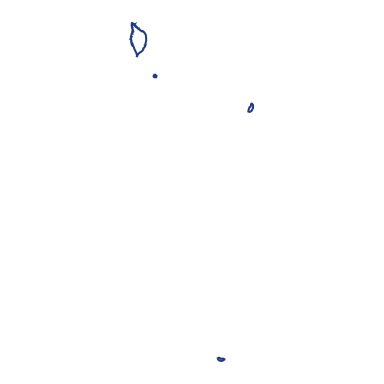 Uman, Federated States of Micronesia
{"feature_id": "79324940B14491633646531", "entity_name": "Uman", "entity_type": "district", "adm_level": 2, "iso_a3": "FSM", "parent_name": "Federated States of Micronesia", "parent_adm1": "", "projection": "natural_earth1", "projection_center": [151.893, 7.153], "detail": "fine", "context": "isolated", "style": "outline", "palette": "blue", "viewbox_px": 384, "rotation_deg": 0, "n_neighbors": 0, "source": "geoboundaries", "source_scale": "gbopen_adm2", "svg_char_len": 3707}
<svg xmlns="http://www.w3.org/2000/svg" viewBox="0 0 384 384"><path d="M146.2,39.4L146.2,39.1L146.2,38.9L146.1,38.6L146.1,38.2L146.1,37.4L146.0,36.8L145.9,36.3L145.9,36.1L145.9,35.8L145.9,35.6L145.8,34.9L145.7,34.6L145.4,34.3L144.6,32.8L144.1,32.2L143.7,31.9L143.5,31.6L143.2,31.4L143.1,31.6L142.9,31.4L142.5,31.2L142.4,31.3L142.2,31.3L142.2,31.0L141.9,30.9L141.7,30.9L141.5,31.0L141.4,30.9L141.0,30.7L140.9,30.7L140.7,30.5L140.3,30.4L140.2,30.2L139.9,29.9L139.7,29.7L139.4,29.6L139.2,29.5L139.1,29.1L138.6,29.0L138.6,28.8L138.6,28.7L138.4,28.8L138.3,28.5L138.2,28.3L137.9,28.1L137.1,27.9L136.8,27.3L136.5,27.2L136.7,26.9L136.3,26.5L135.9,26.4L135.7,26.5L135.5,26.4L135.3,26.2L135.4,25.9L135.2,25.6L135.5,25.8L135.5,25.6L135.1,25.4L134.8,25.6L134.7,25.5L134.8,25.2L134.5,25.1L134.4,25.1L134.2,24.9L134.4,24.6L134.0,24.8L133.5,24.7L133.2,24.4L133.0,24.6L132.9,24.2L132.5,24.1L132.5,23.6L132.3,23.5L132.2,23.6L131.8,23.3L131.7,23.5L131.7,24.3L131.7,26.1L131.8,26.4L132.1,26.6L132.2,27.0L132.3,27.3L132.1,27.3L132.1,27.5L132.1,27.8L132.3,27.8L132.2,28.0L132.3,28.1L132.5,28.2L132.5,28.4L132.4,28.4L132.3,28.6L132.5,29.2L132.5,29.5L132.5,29.8L132.6,30.0L132.8,30.0L132.8,30.4L132.5,30.4L132.4,30.9L132.5,31.0L132.8,31.0L132.7,31.2L132.4,31.4L132.4,31.5L132.5,31.6L132.6,31.8L132.4,31.8L132.2,32.0L132.3,32.2L132.3,32.3L132.5,32.3L132.2,32.6L132.1,32.8L132.0,33.4L131.7,33.7L131.7,33.8L131.9,33.9L131.6,34.0L131.6,34.3L131.4,34.6L131.3,35.1L131.3,35.7L131.2,35.8L131.1,37.0L131.2,37.6L131.0,38.0L131.2,37.9L131.0,38.4L130.9,38.3L130.9,38.7L131.0,38.7L131.0,38.8L131.1,40.0L131.3,41.0L131.2,40.9L131.1,41.3L131.2,41.5L131.4,41.4L131.4,41.7L131.4,42.0L131.5,42.2L131.3,42.3L131.3,42.5L131.5,42.5L131.6,43.3L131.7,43.2L131.7,42.7L131.6,42.4L132.0,43.2L132.2,43.7L132.1,43.9L132.2,44.3L132.3,44.4L132.3,44.5L132.2,44.5L132.1,44.9L132.2,45.1L132.4,44.9L132.4,45.0L132.6,45.1L132.8,45.4L132.7,45.4L132.7,45.6L133.0,45.5L133.1,46.0L133.7,46.9L134.4,49.0L134.7,49.7L135.2,50.7L135.5,51.3L135.9,52.1L136.3,53.0L136.4,53.3L136.5,53.8L136.6,54.0L136.7,54.3L136.9,54.7L137.1,55.0L137.1,55.6L136.9,55.8L136.8,56.2L137.1,56.3L137.3,56.0L137.5,55.5L137.4,54.8L137.4,54.7L137.5,54.6L138.1,54.3L138.5,53.6L139.5,52.9L139.8,52.5L140.4,52.3L140.9,51.9L141.9,51.2L142.3,50.9L142.8,50.1L143.2,49.7L143.3,49.5L143.3,49.4L143.2,49.3L143.1,48.9L143.2,48.7L143.3,48.3L143.5,48.1L144.1,47.8L144.3,47.4L144.6,47.0L144.7,46.9L144.9,46.7L145.0,46.5L145.1,46.2L144.9,45.7L145.0,45.7L145.3,45.4L145.5,44.8L145.6,44.7L145.7,44.4L145.5,44.2L145.3,44.3L145.3,43.9L145.5,43.6L146.0,41.3L146.2,40.6L146.2,40.1L146.2,39.9L146.2,39.5L146.2,39.4L146.2,39.4ZM249.7,111.9L250.2,111.8L251.4,111.0L251.9,110.3L252.9,108.2L253.1,107.0L253.0,104.9L252.0,103.7L251.4,103.7L251.0,104.4L250.9,105.6L250.5,106.7L249.6,107.1L249.1,108.2L248.3,111.1L248.4,111.6L249.7,111.9ZM220.3,360.8L220.9,360.9L221.5,361.0L222.1,360.8L222.8,360.6L223.5,360.2L223.9,359.9L224.2,359.7L224.4,359.6L224.5,359.4L224.4,359.2L224.2,359.1L223.7,358.8L223.5,358.7L223.2,358.6L222.9,358.6L222.0,358.6L221.7,358.7L221.3,358.8L220.9,358.7L220.6,358.6L220.2,358.4L219.8,358.0L219.5,357.8L219.2,357.7L218.9,357.7L218.6,357.9L218.1,358.1L217.9,358.2L217.7,358.3L217.8,358.6L218.0,359.1L218.2,359.5L218.4,359.8L218.6,360.0L218.8,360.2L219.3,360.5L219.7,360.6L220.3,360.8ZM156.0,75.7L155.5,74.8L155.0,74.7L154.8,74.8L154.4,75.0L154.2,74.9L153.8,75.5L153.6,76.1L153.6,76.6L153.9,77.0L154.4,77.1L154.6,76.9L155.1,77.3L155.5,77.2L155.9,77.4L156.3,77.0L156.5,75.8L156.3,75.7L156.0,75.7ZM132.7,23.5L132.6,23.2L132.4,23.0L132.2,23.1L132.1,23.3L132.1,23.5L132.3,23.4L132.5,23.5L132.8,23.8L132.8,24.0L133.1,24.1L133.2,23.9L132.9,23.9L132.7,23.5Z" fill="none" stroke="#1e3a8a" stroke-width="2"/></svg>